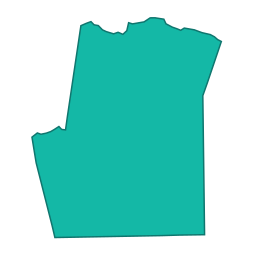 Santa Maria, Rio Grande do Norte, Brazil (Robinson projection), rotated 178°
{"feature_id": "56859067B38778950588818", "entity_name": "Santa Maria", "entity_type": "district", "adm_level": 2, "iso_a3": "BRA", "parent_name": "Brazil", "parent_adm1": "Rio Grande do Norte", "projection": "robinson", "projection_center": [-35.718, -5.794], "detail": "fine", "context": "isolated", "style": "filled", "palette": "teal", "viewbox_px": 256, "rotation_deg": 178, "n_neighbors": 0, "source": "geoboundaries", "source_scale": "gbopen_adm2", "svg_char_len": 732}
<svg xmlns="http://www.w3.org/2000/svg" viewBox="0 0 256 256"><g transform="rotate(178 128 128)"><path d="M55.2,18.7L52.1,157.7L47.0,170.7L31.7,211.2L35.3,213.2L38.4,216.1L42.5,218.5L50.7,220.7L58.3,223.8L68.3,225.9L71.9,223.8L75.7,225.5L80.1,227.2L86.4,230.8L88.4,235.5L97.2,237.2L102.0,237.3L108.2,233.5L115.4,232.5L119.9,231.9L123.7,233.2L125.8,225.3L129.8,221.8L134.6,224.0L139.1,222.6L146.4,225.1L150.1,227.0L154.1,231.4L158.3,232.3L161.3,235.6L165.9,234.1L171.5,231.9L188.2,141.4L190.5,128.3L194.4,128.9L197.0,131.9L202.2,128.8L205.4,127.1L209.9,125.7L215.2,124.8L218.8,126.2L224.3,122.2L221.0,96.4L207.2,32.8L206.4,28.8L204.9,21.1L98.1,19.3L80.8,19.2L55.2,18.7Z" fill="#14b8a6" stroke="#0f766e" stroke-width="1.5"/></g></svg>